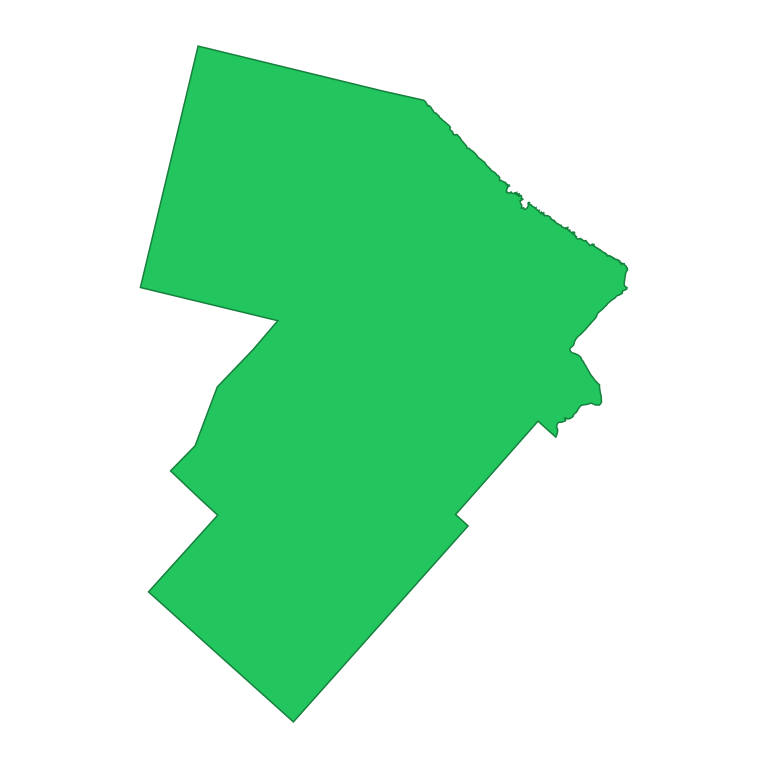 the district of Tordillo, Buenos Aires, Argentina
{"feature_id": "61730980B48361677573227", "entity_name": "Tordillo", "entity_type": "district", "adm_level": 2, "iso_a3": "ARG", "parent_name": "Argentina", "parent_adm1": "Buenos Aires", "projection": "mercator", "projection_center": [-57.084, -36.413], "detail": "fine", "context": "isolated", "style": "filled", "palette": "green", "viewbox_px": 768, "rotation_deg": 0, "n_neighbors": 0, "source": "geoboundaries", "source_scale": "gbopen_adm2", "svg_char_len": 6082}
<svg xmlns="http://www.w3.org/2000/svg" viewBox="0 0 768 768"><path d="M293.4,721.9L468.1,525.9L455.6,514.5L538.0,421.2L555.8,437.1L556.4,435.9L557.3,433.2L557.7,429.9L556.6,426.9L557.2,424.0L558.1,422.8L558.9,422.3L561.3,422.3L565.3,420.9L565.8,419.7L565.6,419.3L564.4,418.5L564.5,418.0L565.3,417.8L566.1,418.1L567.3,418.8L568.2,418.9L569.2,418.8L571.5,417.7L573.3,416.1L573.4,415.2L574.3,413.8L575.8,412.8L577.1,411.2L578.0,409.3L578.8,408.4L579.9,406.5L581.7,405.2L587.9,404.2L590.0,403.4L591.5,403.2L595.9,405.1L596.8,404.8L598.8,405.2L599.6,404.8L600.5,403.9L601.5,402.1L601.4,400.5L601.2,396.4L600.3,392.5L599.7,388.8L599.5,386.7L599.5,384.7L598.1,383.6L594.3,379.6L593.5,378.2L590.9,375.0L585.4,365.3L584.7,364.4L583.7,362.3L582.6,360.6L581.9,359.9L580.6,357.1L578.6,355.4L577.4,354.6L576.4,354.3L574.8,353.5L572.3,352.9L571.1,351.9L570.4,351.1L570.0,350.1L569.8,348.9L570.3,348.0L572.3,346.4L573.7,344.8L574.7,341.2L576.1,338.8L576.9,337.7L578.0,336.5L581.0,334.0L586.2,328.6L588.8,325.4L590.4,323.9L591.2,322.7L594.9,318.8L596.3,316.9L597.5,313.5L599.8,311.4L602.7,309.0L604.5,307.0L606.5,305.3L607.5,303.6L609.5,302.1L610.6,300.9L614.2,298.5L615.5,297.5L616.3,296.3L617.6,295.4L618.9,295.2L622.3,293.3L622.4,292.7L622.2,291.9L622.3,291.4L623.7,290.4L625.4,289.9L626.6,289.2L627.1,287.8L626.3,287.1L625.0,286.4L624.6,285.8L624.1,283.6L625.7,273.0L627.6,269.6L627.1,268.9L627.4,268.2L627.2,267.8L626.7,267.8L626.2,266.9L626.2,266.2L625.5,265.8L625.1,265.2L624.1,264.6L624.2,263.7L622.9,263.5L622.4,263.9L621.9,263.7L622.0,263.2L621.8,263.1L621.0,263.2L620.9,263.5L620.7,262.6L620.2,262.7L620.2,262.1L619.7,261.8L619.7,261.5L619.4,261.7L619.1,261.4L619.3,260.8L618.9,260.4L618.2,260.4L617.8,259.9L617.5,259.9L617.2,259.5L616.1,259.7L615.9,259.3L615.4,259.3L615.1,259.0L614.5,258.9L614.2,258.3L613.5,258.5L613.1,257.7L612.7,257.5L612.3,257.6L612.0,257.1L611.8,257.3L611.6,257.2L611.5,256.7L610.6,256.5L610.3,256.1L609.9,256.1L609.8,255.8L608.9,256.0L608.7,255.8L608.8,255.6L608.4,255.5L607.3,256.0L607.1,254.9L606.7,254.7L606.4,254.0L606.0,254.1L605.5,253.2L604.8,253.1L604.4,252.7L602.7,252.0L600.3,249.8L600.0,249.9L599.3,249.3L599.0,249.4L598.3,248.9L598.2,248.6L597.6,248.4L597.6,248.2L597.2,248.2L596.4,247.8L596.1,247.3L595.6,247.3L595.4,246.9L594.8,246.8L594.0,246.0L594.1,245.1L593.3,245.4L593.1,245.1L593.2,244.7L592.7,245.0L592.7,244.5L592.3,244.1L591.2,244.9L589.5,245.6L589.3,244.9L588.8,244.1L588.0,243.6L587.7,242.9L586.4,241.5L586.3,241.0L585.5,240.8L585.4,240.6L584.7,240.9L583.0,240.5L582.2,239.5L581.6,239.5L581.4,239.1L580.7,239.3L580.0,238.9L580.0,238.6L579.3,239.0L576.4,238.5L576.2,237.4L576.4,236.6L575.7,236.5L575.3,235.4L574.8,235.5L574.0,234.6L574.1,233.9L574.7,233.0L574.6,232.9L573.2,233.4L573.6,232.4L572.6,232.8L572.6,232.2L571.5,232.6L569.6,231.1L569.9,230.3L569.6,230.0L568.6,230.5L568.0,229.8L567.5,229.0L567.8,228.0L566.6,228.6L566.9,227.7L566.4,227.9L566.1,227.7L566.2,227.4L565.8,227.8L565.6,228.3L565.2,228.1L564.7,228.2L564.2,228.1L563.8,227.6L561.9,226.9L561.5,226.4L561.3,225.4L559.6,225.0L558.0,223.8L557.3,223.7L557.2,223.4L556.2,223.0L555.3,221.8L554.5,221.4L554.3,221.2L554.4,220.5L554.2,220.4L553.4,220.6L552.8,219.9L552.3,219.6L551.7,219.6L551.3,219.0L550.9,218.8L551.0,218.3L550.3,217.9L550.1,217.0L549.8,217.1L549.2,216.5L547.7,215.6L546.5,215.8L545.2,215.4L544.5,215.8L544.1,215.6L543.9,215.0L544.0,214.5L543.9,214.3L543.5,214.5L543.4,214.1L543.6,213.6L543.2,213.8L543.2,213.2L542.6,213.4L542.7,212.9L541.9,213.3L541.5,213.2L541.4,212.8L541.1,213.6L540.9,213.7L539.0,211.1L539.1,210.5L538.5,210.8L538.3,210.4L537.5,210.2L536.5,209.4L535.9,208.5L536.0,207.7L535.2,208.1L534.7,207.9L534.1,207.1L533.3,206.8L531.6,205.6L531.4,205.1L530.0,204.5L529.5,203.9L529.5,202.9L529.1,203.1L529.2,202.5L528.5,202.5L528.1,203.1L528.0,204.0L528.4,204.8L528.4,205.5L527.8,206.8L526.8,208.2L525.4,209.2L524.3,209.4L523.6,208.1L523.6,207.8L521.4,208.2L521.8,205.9L521.4,204.4L520.8,204.0L520.3,202.5L520.1,201.0L520.1,200.7L520.9,200.6L521.7,199.9L522.5,199.7L522.9,199.1L522.7,198.9L521.7,198.9L521.3,198.6L521.6,196.5L521.3,195.7L520.3,195.3L519.6,196.0L518.8,196.1L519.1,194.3L518.1,195.1L518.1,195.6L517.8,195.5L517.8,194.8L518.2,194.0L517.8,193.7L517.4,193.7L516.8,194.2L516.2,194.4L516.1,194.2L516.5,192.9L516.1,193.1L515.9,193.5L515.6,193.5L516.1,192.7L515.0,193.1L514.7,193.2L514.6,192.9L514.4,192.9L514.0,193.5L513.6,193.6L511.5,193.0L511.3,192.1L511.1,192.0L510.6,192.2L509.7,193.1L507.5,192.7L507.5,192.4L507.2,192.1L506.5,192.1L506.5,191.7L506.9,191.6L506.7,191.1L506.4,191.1L506.6,189.7L507.3,188.5L507.1,187.9L507.4,187.4L507.6,187.4L507.9,186.8L509.4,186.0L509.0,185.7L509.0,185.4L508.5,185.8L508.1,185.8L507.3,185.4L507.0,184.9L507.5,184.5L506.6,184.0L506.1,184.0L506.0,183.8L506.0,183.3L505.3,182.9L505.4,182.4L504.5,182.4L503.6,181.7L503.0,181.7L501.2,180.4L499.5,180.6L499.7,179.8L499.4,178.3L499.7,177.7L498.4,175.9L498.0,175.5L496.8,175.2L496.5,174.9L496.3,174.1L494.5,172.3L493.2,171.7L491.2,170.3L490.3,168.9L488.9,167.7L488.2,166.8L486.9,166.0L486.7,165.3L485.1,163.2L484.8,162.4L482.8,161.0L479.3,158.2L478.2,157.6L477.4,156.1L476.9,155.8L476.5,155.0L475.0,153.5L474.3,152.5L473.0,151.6L472.9,151.3L470.8,150.0L470.0,149.1L468.9,148.3L468.4,148.2L467.7,148.5L467.1,148.3L466.8,147.8L466.8,146.8L466.5,146.5L466.4,145.6L465.4,144.9L464.4,143.5L462.5,141.5L460.7,139.1L460.4,138.3L459.8,137.7L459.6,137.2L458.5,136.3L458.2,135.8L457.2,134.7L456.0,134.5L455.4,135.1L454.0,134.5L453.8,134.7L453.1,134.2L453.2,133.4L452.7,132.7L452.7,132.0L451.7,130.9L450.7,130.4L450.0,129.3L449.9,128.3L450.4,127.5L449.5,126.0L444.7,121.8L443.0,120.6L440.9,118.4L440.3,118.3L439.2,116.8L438.7,115.6L437.6,114.9L436.0,113.1L434.4,112.9L433.7,112.0L433.7,111.5L433.1,110.9L433.1,110.4L431.9,109.2L430.9,107.2L429.0,105.8L428.8,105.4L428.0,105.5L427.9,105.8L427.5,105.7L426.9,104.5L426.9,104.1L426.6,103.5L426.1,103.0L425.5,101.7L423.9,100.3L381.2,90.7L198.1,46.1L140.4,287.5L277.8,320.7L253.1,349.6L217.3,386.9L195.1,445.8L170.5,470.9L199.5,498.4L217.7,515.2L148.5,591.9L293.4,721.9Z" fill="#22c55e" stroke="#15803d" stroke-width="1.5"/></svg>